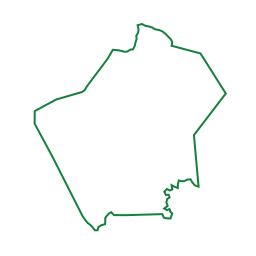 outline of Santana dos Garrotes, Paraíba, Brazil, rotated 95°
{"feature_id": "56859067B10532449227644", "entity_name": "Santana dos Garrotes", "entity_type": "district", "adm_level": 2, "iso_a3": "BRA", "parent_name": "Brazil", "parent_adm1": "Paraíba", "projection": "albers", "projection_center": [-37.95, -7.392], "detail": "fine", "context": "isolated", "style": "outline", "palette": "green", "viewbox_px": 256, "rotation_deg": 95, "n_neighbors": 0, "source": "geoboundaries", "source_scale": "gbopen_adm2", "svg_char_len": 1158}
<svg xmlns="http://www.w3.org/2000/svg" viewBox="0 0 256 256"><g transform="rotate(95 128 128)"><path d="M31.0,98.7L28.8,102.1L27.7,105.5L27.3,109.8L25.8,112.6L25.1,115.4L24.8,119.2L23.2,123.4L24.8,127.4L28.8,126.1L32.0,126.2L35.5,127.8L38.5,127.2L42.9,128.1L45.9,128.5L49.2,129.9L49.7,132.4L51.8,135.2L52.4,138.0L51.5,143.1L51.4,149.9L56.4,152.3L60.7,154.3L90.5,172.8L94.1,174.4L96.1,176.8L105.7,201.7L113.3,213.4L119.3,222.4L131.8,221.4L163.1,200.8L220.2,165.3L223.4,162.5L226.1,159.9L227.9,157.0L229.5,155.1L232.8,152.0L232.5,149.4L229.1,148.7L227.1,146.0L225.8,142.5L222.2,142.5L219.7,142.9L217.5,141.6L215.2,139.9L213.4,137.4L216.0,134.4L214.9,121.4L210.8,86.3L214.3,84.4L214.6,81.8L214.4,77.8L209.2,76.5L207.7,78.5L205.1,79.6L206.4,81.8L205.1,84.9L202.2,81.7L198.8,83.3L195.4,82.8L193.5,80.5L191.0,81.6L191.4,84.4L188.4,86.3L185.4,84.0L186.6,80.8L185.3,78.5L181.2,79.6L182.3,77.1L183.4,73.2L179.7,73.4L175.9,72.8L176.3,69.8L176.0,67.2L174.2,64.5L173.7,61.2L176.2,59.5L179.3,56.5L180.3,52.6L134.9,60.7L129.3,61.7L122.6,57.4L85.1,33.6L47.4,62.3L42.3,91.7L38.5,91.4L35.8,93.2L33.7,95.7L31.0,98.7Z" fill="none" stroke="#15803d" stroke-width="2"/></g></svg>